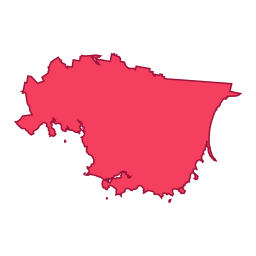 the district of Sorell, Tasmania, Australia
{"feature_id": "25037944B32706868282963", "entity_name": "Sorell", "entity_type": "district", "adm_level": 2, "iso_a3": "AUS", "parent_name": "Australia", "parent_adm1": "Tasmania", "projection": "equal_earth", "projection_center": [147.667, -42.792], "detail": "fine", "context": "isolated", "style": "filled", "palette": "rose", "viewbox_px": 256, "rotation_deg": 0, "n_neighbors": 0, "source": "geoboundaries", "source_scale": "gbopen_adm2", "svg_char_len": 5819}
<svg xmlns="http://www.w3.org/2000/svg" viewBox="0 0 256 256"><path d="M22.6,116.0L20.3,119.4L17.2,121.7L15.4,121.8L17.1,124.1L21.6,128.4L25.4,128.8L26.1,130.5L28.0,131.4L28.5,132.7L31.3,134.9L31.8,134.4L33.7,133.7L33.3,131.7L34.0,130.7L36.9,129.4L38.7,127.5L38.9,126.5L40.4,124.8L41.9,124.2L42.9,122.7L43.3,122.7L45.6,123.1L47.0,124.2L46.4,126.0L48.4,127.8L48.6,128.8L48.2,129.8L49.2,131.1L49.5,133.2L49.0,134.1L50.5,135.6L50.2,136.1L51.6,135.7L53.7,136.3L54.2,135.3L55.3,134.9L55.8,133.8L54.8,133.0L54.6,131.9L55.0,131.4L53.5,128.8L51.5,127.7L52.0,124.7L50.8,123.2L51.6,121.6L52.5,122.4L52.5,121.7L53.6,122.1L53.4,120.2L53.1,119.8L52.4,120.0L53.3,119.4L53.2,118.1L53.6,117.9L54.5,121.1L55.0,120.7L54.4,122.3L55.2,123.7L55.9,124.0L58.1,123.2L60.7,124.1L61.4,126.0L61.4,129.0L62.4,129.7L62.8,130.6L64.2,130.8L65.0,131.4L65.9,131.3L66.0,129.6L66.6,129.0L66.3,128.6L67.8,128.8L68.4,128.4L67.2,126.3L67.3,126.1L67.8,126.0L67.2,126.3L68.8,128.5L68.5,129.3L67.5,129.0L67.6,129.6L72.8,130.4L75.3,132.2L77.6,132.3L80.1,133.7L78.2,131.6L80.2,131.1L81.1,129.7L80.7,129.9L81.2,129.2L80.2,128.6L79.7,127.0L80.5,126.5L80.4,125.3L81.6,123.6L81.1,122.3L79.4,122.4L78.6,121.0L77.0,119.8L78.7,120.8L79.7,122.1L81.1,121.9L81.9,123.1L82.4,126.6L84.2,127.6L84.2,128.8L82.7,130.7L85.4,131.9L83.2,131.3L84.3,133.0L84.4,135.0L83.3,136.3L81.3,137.3L82.0,137.7L82.3,141.2L83.8,144.0L84.8,146.8L87.0,146.4L87.5,146.9L86.3,149.0L86.8,150.7L86.4,151.6L88.8,154.4L91.5,155.6L93.7,158.9L93.9,162.2L93.5,163.8L91.4,164.3L91.0,166.1L89.7,167.6L87.2,166.9L87.3,168.2L89.1,170.3L89.1,171.6L88.5,173.1L87.1,173.5L86.6,175.1L88.6,175.1L90.2,174.2L94.7,175.2L100.8,177.4L104.4,179.7L105.7,179.3L108.6,180.9L108.6,180.3L107.1,179.5L107.2,179.0L108.1,179.3L108.5,178.6L110.0,179.3L111.2,178.6L112.0,177.6L112.7,177.8L113.7,177.1L114.3,175.5L116.1,175.8L116.7,175.2L118.4,174.8L120.1,173.0L120.4,171.7L120.3,172.5L120.5,172.6L123.0,171.1L124.3,171.9L125.7,171.7L126.3,172.7L126.1,174.1L128.7,175.4L128.5,176.4L128.9,177.1L130.8,176.5L130.2,177.6L128.9,177.9L128.0,177.4L127.6,176.6L127.8,175.4L125.8,174.3L125.4,172.4L123.0,172.1L121.5,172.6L121.3,173.1L121.6,174.1L120.8,175.6L121.3,176.2L121.1,177.2L120.1,177.4L119.8,178.3L116.9,177.7L115.3,178.7L113.6,178.1L112.2,179.2L110.0,182.8L109.0,182.6L105.9,180.3L103.4,180.2L102.5,181.4L102.1,184.0L102.7,186.7L103.5,187.9L105.0,188.0L105.8,189.3L106.8,189.6L107.6,188.8L107.9,187.3L109.0,187.1L108.7,186.2L109.2,185.5L111.5,185.6L115.4,188.4L116.6,189.9L116.0,191.6L116.4,193.4L115.8,194.8L119.5,194.1L121.1,196.0L121.1,193.8L122.3,192.7L124.8,191.7L125.1,190.9L124.6,190.0L125.5,189.0L128.0,188.4L129.8,189.2L130.6,190.1L132.3,190.4L133.6,189.0L135.5,189.2L136.9,188.4L138.3,185.9L140.6,185.6L142.1,186.6L144.1,189.2L143.2,190.6L143.8,191.2L143.5,193.1L145.0,192.5L145.5,191.6L146.6,191.6L147.1,190.6L150.1,190.7L153.4,191.8L154.3,192.6L154.2,194.2L154.5,194.4L156.9,194.0L157.8,194.6L158.9,194.7L161.5,197.9L161.6,196.9L163.1,195.8L162.6,194.0L163.3,193.3L164.5,193.0L166.2,193.5L166.4,194.5L166.9,194.7L168.3,193.5L172.3,195.7L173.3,194.4L172.3,190.9L172.9,189.3L174.5,188.7L177.9,189.6L180.1,187.8L183.7,186.8L183.7,185.0L184.2,184.6L185.0,185.0L185.2,183.9L186.1,182.8L187.1,182.7L187.2,182.0L189.5,181.8L188.9,179.5L189.9,178.7L189.9,177.6L190.4,176.8L190.2,174.4L191.9,173.0L193.2,172.8L194.6,174.2L195.3,176.7L195.0,178.0L194.3,178.3L195.2,178.8L195.2,179.4L196.7,179.4L197.7,178.1L197.5,177.3L198.0,176.5L193.5,172.4L193.2,170.0L193.9,169.0L194.6,168.8L196.2,168.7L196.5,169.5L196.9,169.4L195.6,166.4L195.4,164.9L196.0,162.9L197.4,160.8L199.7,159.7L202.4,161.4L202.7,162.9L202.6,161.8L203.3,161.3L201.6,159.1L201.7,156.1L202.8,154.2L203.7,154.0L203.1,153.2L203.1,152.3L204.0,150.4L205.3,149.5L205.1,148.6L205.8,146.4L205.7,145.3L206.0,144.8L206.2,145.4L206.5,145.2L206.6,143.2L207.0,142.6L206.9,141.9L207.2,142.2L207.0,143.0L206.7,143.2L206.7,145.2L207.3,146.9L208.5,148.0L208.2,149.1L208.3,150.8L208.8,153.0L209.7,154.4L209.7,155.4L214.2,160.4L216.0,160.7L215.0,159.1L213.3,157.6L212.1,155.2L211.0,152.1L209.2,144.4L209.0,137.7L209.7,129.4L210.9,123.4L213.7,114.7L215.3,110.9L216.2,109.8L216.1,109.3L216.7,109.5L216.9,108.3L217.6,106.9L218.7,106.7L219.6,105.7L220.1,104.7L219.7,104.4L220.0,103.6L221.6,102.0L221.8,100.9L223.5,98.9L224.9,98.3L225.3,99.1L225.8,99.0L225.5,98.7L227.0,97.8L227.0,96.7L227.7,97.0L227.9,96.3L236.1,96.0L239.0,94.9L240.6,93.6L229.9,91.4L231.7,83.7L165.3,78.8L164.3,78.1L164.5,76.9L162.0,76.4L162.4,74.5L160.0,74.1L159.7,75.4L155.4,74.5L155.2,75.9L154.0,75.7L154.3,74.4L152.7,74.1L153.1,71.9L151.6,71.6L151.5,72.1L149.5,71.5L150.0,68.7L136.2,66.2L135.4,69.8L133.9,68.3L131.8,68.6L129.9,68.2L129.1,68.8L125.2,65.3L125.1,63.8L124.3,62.1L123.2,62.1L123.0,61.7L121.3,62.0L120.4,61.3L120.4,58.1L119.0,57.6L119.1,56.6L116.5,56.2L116.7,54.9L114.1,55.2L114.2,53.9L112.5,54.3L111.7,53.9L110.2,61.5L96.0,59.0L96.4,60.9L99.5,64.5L97.1,64.1L91.8,57.0L93.6,56.9L94.2,57.7L96.0,58.3L98.1,56.9L99.4,57.1L100.7,55.9L95.9,55.1L85.2,56.1L81.6,55.5L81.4,56.6L80.3,56.6L79.6,60.8L73.3,59.9L72.1,67.2L67.8,66.4L67.5,68.1L65.5,66.2L65.4,64.5L61.4,62.4L61.4,60.5L60.8,60.1L60.4,60.4L58.2,57.3L51.1,62.0L49.3,66.6L48.4,66.9L48.7,67.4L48.3,68.0L49.1,70.2L48.1,71.6L48.3,73.0L42.0,77.3L43.9,81.0L37.5,83.3L31.4,76.6L27.9,76.0L26.8,82.7L24.9,82.4L23.3,90.7L21.7,91.5L23.2,92.1L22.8,93.1L24.9,92.5L25.6,92.9L27.4,103.7L29.5,107.0L30.0,110.9L32.2,114.8L22.6,116.0ZM185.2,191.0L184.1,190.3L182.4,187.6L180.4,187.9L178.2,189.7L178.9,190.4L178.9,191.0L180.4,192.1L181.2,193.5L183.1,193.0L184.0,193.4L185.2,191.0ZM168.9,201.7L169.4,202.1L170.1,201.7L170.7,199.6L169.3,200.1L168.9,201.7ZM64.8,139.8L64.8,142.0L65.7,141.7L64.8,139.8ZM84.1,174.2L84.8,174.7L84.9,173.2L84.1,173.7L84.1,174.2ZM107.3,198.6L107.1,197.9L106.7,197.8L106.8,198.8L107.3,198.6Z" fill="#f43f5e" stroke="#9f1239" stroke-width="1.5"/></svg>